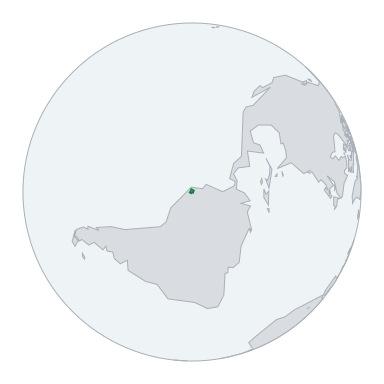 Lambayeque highlighted on a globe, orthographic projection, rotated 76°
{"feature_id": "PER-566", "entity_name": "Lambayeque", "entity_type": "Department", "adm_level": 1, "iso_a3": "PER", "parent_name": "Peru", "parent_adm1": "", "projection": "orthographic", "projection_center": [-79.581, -6.354], "detail": "fine", "context": "on_globe", "style": "filled", "palette": "green", "viewbox_px": 384, "rotation_deg": 76, "n_neighbors": 0, "source": "natural_earth", "source_scale": "10m", "svg_char_len": 7044}
<svg xmlns="http://www.w3.org/2000/svg" viewBox="0 0 384 384"><g transform="rotate(76 192 192)"><circle cx="192" cy="192" r="169" fill="#eef3f6" stroke="#a8b0b8"/><path d="M100.7,49.9L103.3,48.2L106.9,46.1L106.1,46.5L116.9,40.6L128.2,35.6L139.7,31.3L141.0,31.7L149.7,29.6L160.2,30.7L162.6,29.6L168.1,30.1L172.8,29.2L173.4,30.2L176.7,28.7L175.3,28.0L176.2,27.3L178.9,26.8L180.2,27.8L179.0,28.2L180.7,28.3L180.2,29.1L182.0,28.4L183.1,30.0L186.0,27.9L190.2,28.8L189.9,30.0L184.8,30.5L171.2,36.5L169.3,38.8L171.8,41.1L187.5,43.5L187.5,46.2L191.4,49.4L193.8,47.3L191.6,44.2L196.9,41.6L193.6,38.7L195.3,37.4L194.0,34.6L199.8,34.5L206.2,36.1L207.6,38.6L210.4,39.6L213.6,37.1L220.6,42.4L232.8,47.2L234.0,48.9L228.2,51.6L216.6,51.3L209.0,56.9L219.7,53.0L222.5,58.2L225.3,59.2L228.5,59.1L229.6,57.1L231.8,59.1L222.1,63.2L220.0,61.4L223.1,60.0L217.7,60.1L211.2,63.8L213.1,66.7L201.2,70.8L202.4,73.1L200.5,75.6L199.4,71.5L201.2,79.2L187.6,88.5L189.9,103.6L181.5,92.0L174.7,91.0L166.6,91.7L166.8,94.1L155.8,93.0L146.2,99.0L143.0,111.5L147.1,120.8L159.2,120.4L162.7,114.7L171.6,113.1L165.6,128.3L181.1,129.8L179.8,141.4L184.4,147.3L192.0,145.5L200.0,148.3L205.5,141.4L214.5,137.7L214.9,147.2L219.7,138.6L224.8,143.2L242.5,143.3L241.2,145.4L256.1,157.3L271.8,163.3L275.4,170.7L273.6,175.0L278.9,176.7L279.0,179.6L299.6,186.0L309.6,194.7L308.9,205.1L299.8,216.2L289.9,241.2L273.1,248.3L267.7,258.5L252.6,273.0L242.6,271.2L244.3,279.0L237.8,283.4L231.0,283.4L228.9,288.7L223.8,288.7L226.6,292.4L217.2,299.1L218.5,304.9L211.4,310.4L212.5,313.8L210.2,313.6L207.5,314.8L206.9,316.7L200.4,313.4L199.7,305.8L203.0,302.0L200.0,301.3L206.9,291.5L203.3,293.4L206.1,278.6L212.2,266.4L218.0,231.4L214.8,224.4L202.2,216.4L187.1,191.4L191.4,181.1L188.0,176.4L199.2,162.1L196.1,149.2L192.1,147.5L188.2,152.3L174.4,144.7L169.4,135.4L127.0,123.1L122.6,118.9L122.6,111.6L109.2,90.5L114.7,111.0L109.3,107.4L105.2,100.4L107.8,98.2L105.4,88.0L100.7,85.0L101.2,73.2L112.2,58.0L113.5,59.7L116.0,56.3L114.5,54.3L112.9,53.9L119.4,43.7L116.0,41.8L109.6,44.9L115.2,41.8L99.3,50.8L97.8,51.7L100.7,49.9ZM36.8,133.3L38.0,129.7L38.0,131.4L36.8,133.3ZM38.3,127.9L38.0,129.0L38.2,128.1L38.3,127.9ZM38.1,127.5L38.2,127.8L38.1,127.5ZM37.7,127.5L38.0,127.3L37.9,127.5L37.7,127.5ZM189.2,108.9L206.9,116.3L197.1,117.4L198.9,115.9L194.4,112.8L186.0,110.1L177.3,112.1L189.2,108.9ZM37.7,126.4L37.7,126.0L38.1,125.4L37.7,126.4ZM196.6,100.1L193.6,99.6L196.6,99.5L196.6,100.1ZM111.6,54.1L114.1,54.5L114.3,57.3L111.9,57.1L111.6,54.1ZM111.7,49.9L113.8,49.2L110.8,52.2L110.6,51.6L111.7,49.9ZM104.2,47.8L105.6,47.2L103.1,48.5L104.2,47.8ZM190.9,34.9L192.4,34.8L191.9,35.4L190.9,34.9ZM188.9,34.0L187.2,34.8L186.0,34.5L187.1,34.0L188.9,34.0ZM191.3,33.1L184.1,33.9L182.0,33.4L184.4,31.3L191.3,33.1ZM173.7,28.0L175.3,28.7L171.5,28.6L173.7,28.0ZM170.9,28.2L157.7,30.0L156.5,29.2L161.2,28.6L157.8,28.2L163.8,26.8L167.0,26.7L166.5,27.4L169.2,26.4L170.9,28.2ZM176.3,27.0L173.8,27.3L172.6,26.5L177.6,25.8L176.3,26.2L176.3,27.0ZM153.9,28.9L154.0,28.4L158.8,27.1L159.5,26.8L163.8,26.7L153.9,28.9ZM178.0,26.2L180.1,25.5L183.1,25.6L178.8,26.7L178.0,26.2ZM170.2,26.6L169.9,26.3L171.7,26.2L170.2,26.6ZM194.9,26.1L191.8,26.1L191.0,25.6L194.9,26.1ZM180.7,25.3L179.7,25.3L179.0,25.2L181.0,24.8L180.7,25.3ZM166.9,25.9L168.9,25.6L165.4,25.9L168.9,25.2L171.1,25.4L171.6,25.0L172.7,24.8L173.3,25.2L166.9,25.9ZM180.9,24.3L185.0,24.8L190.9,24.7L191.8,25.0L182.2,25.2L180.9,24.3ZM176.4,24.8L179.4,24.5L179.1,24.9L176.8,25.3L176.4,24.8ZM170.4,24.8L164.5,25.7L164.2,25.7L170.4,24.8ZM182.7,24.1L181.7,24.1L183.2,24.1L182.7,24.1ZM174.3,24.4L172.2,24.7L171.9,24.6L174.3,24.4ZM181.4,23.8L182.7,23.9L181.2,24.1L181.4,23.8ZM178.2,24.0L178.3,23.9L179.8,24.1L177.3,24.1L178.2,24.0ZM174.4,24.3L173.5,24.4L175.3,24.2L174.4,24.3ZM186.3,23.3L188.6,23.5L185.3,23.9L183.5,23.5L186.3,23.3ZM210.9,320.2L200.8,314.6L206.6,317.1L211.5,314.3L216.5,318.6L210.9,320.2ZM224.9,313.1L230.1,311.7L231.1,312.7L227.7,313.9L224.9,313.1ZM314.1,75.2L314.4,75.6L324.3,88.4L323.6,89.3L319.6,86.3L308.2,72.8L310.9,72.6L306.9,68.6L299.7,62.7L301.2,63.4L298.6,61.2L299.0,61.2L296.9,59.6L314.1,75.2ZM350.5,250.4L353.8,240.6L354.8,237.3L350.5,250.4ZM360.4,206.1L360.9,194.7L360.7,182.8L360.3,177.4L360.0,178.0L359.0,171.7L358.4,171.2L351.9,173.4L347.4,164.9L336.2,140.8L335.6,131.9L331.2,121.4L323.6,89.6L326.8,91.9L326.9,90.2L333.9,100.3L340.2,110.9L345.8,122.0L350.5,133.4L354.3,145.1L357.3,157.0L359.4,169.2L360.6,181.4L361.0,193.8L360.4,206.1ZM331.9,105.6L333.4,108.6L331.9,105.6ZM243.0,143.2L245.2,145.1L242.4,145.0L243.0,143.2ZM195.8,121.1L199.5,121.3L201.5,122.7L198.7,123.1L195.8,121.1ZM226.6,121.3L230.8,122.2L226.5,122.9L226.6,121.3ZM209.7,117.3L223.3,121.0L214.9,123.6L206.3,121.5L212.2,120.7L209.7,117.3ZM195.1,105.2L197.5,105.8L196.9,107.4L195.1,105.2ZM198.8,100.1L197.9,100.3L196.7,99.0L198.8,100.1ZM223.0,58.0L223.9,57.7L227.1,58.0L225.8,58.8L223.0,58.0ZM240.7,55.0L243.8,58.4L240.6,56.3L239.3,57.8L231.0,55.6L234.2,49.7L234.2,52.6L240.7,55.0ZM220.9,51.8L225.8,53.4L220.3,52.0L220.9,51.8ZM283.9,50.9L286.2,52.2L289.2,54.4L289.9,56.0L285.5,52.6L283.9,50.9ZM288.7,53.6L278.4,47.1L277.5,46.4L279.8,47.8L280.2,47.9L283.9,50.4L293.1,56.6L296.4,59.1L295.9,59.7L294.3,57.9L292.2,56.6L288.7,53.6ZM253.8,36.3L249.3,34.7L253.2,34.9L256.9,36.5L257.9,37.7L254.1,36.6L253.8,36.3ZM196.9,29.8L195.0,30.0L194.6,29.6L196.0,29.1L196.9,29.8ZM193.5,26.1L205.1,28.6L203.5,28.9L212.2,30.6L211.3,32.2L205.6,30.9L211.5,33.8L206.0,33.3L210.4,35.3L198.0,32.2L193.3,32.3L198.9,31.5L199.9,29.9L198.9,29.3L192.6,27.7L183.0,27.6L182.5,26.5L184.7,25.7L186.9,25.6L186.5,26.2L189.7,25.6L190.9,26.5L193.5,26.1ZM225.2,26.3L225.3,26.4L225.1,26.3L227.1,26.7L229.1,27.2L231.7,27.8L232.2,28.2L235.5,29.0L233.9,28.7L239.4,30.3L235.6,29.3L237.8,30.2L240.3,30.6L236.9,33.3L238.4,35.9L241.8,38.9L234.8,37.6L227.2,34.2L220.3,30.7L219.9,28.6L216.8,28.7L215.7,27.8L218.6,28.2L213.4,27.2L213.3,26.7L207.1,25.0L199.8,24.6L197.4,24.2L200.2,24.2L195.8,23.9L199.5,23.6L197.8,23.4L199.7,23.3L206.1,23.6L204.3,23.5L225.2,26.3ZM187.0,23.2L194.3,23.1L198.6,23.2L193.5,23.5L194.5,23.7L191.3,24.5L185.2,24.4L186.7,24.2L186.7,23.9L188.6,24.0L187.0,23.8L189.0,23.5L188.3,23.4L190.9,23.3L187.0,23.2Z" fill="#d9dde1" stroke="#a8b0b8" stroke-width="1"/><path d="M191.7,194.4L191.6,194.2L191.3,193.9L191.2,193.8L191.1,193.7L190.9,193.5L190.9,193.4L190.8,193.2L190.4,192.9L189.9,192.6L189.4,192.3L188.9,192.1L189.0,192.0L189.1,191.9L189.3,191.5L189.4,191.4L189.5,191.3L189.8,190.8L190.8,190.5L190.9,190.4L190.9,190.0L190.9,189.7L191.0,189.7L191.1,189.8L191.3,189.9L191.3,190.0L191.5,190.2L191.5,190.3L191.4,190.4L191.4,190.5L191.5,190.5L191.8,190.6L191.8,190.8L192.0,190.8L192.3,190.8L192.4,191.0L192.5,191.0L192.5,190.9L192.6,191.0L192.7,190.9L192.8,190.9L192.9,191.0L193.0,191.0L192.9,191.3L192.8,191.5L193.0,191.5L192.9,191.7L192.8,191.8L192.6,191.8L192.4,191.9L192.4,192.0L192.4,192.3L192.4,192.5L192.5,192.5L192.7,192.8L192.8,192.9L192.8,193.0L193.0,193.0L193.2,193.3L192.9,193.5L192.8,193.8L192.7,193.9L192.3,193.8L192.2,193.8L191.8,194.3L191.7,194.4Z" fill="#22c55e" stroke="#15803d" stroke-width="1.5"/></g></svg>